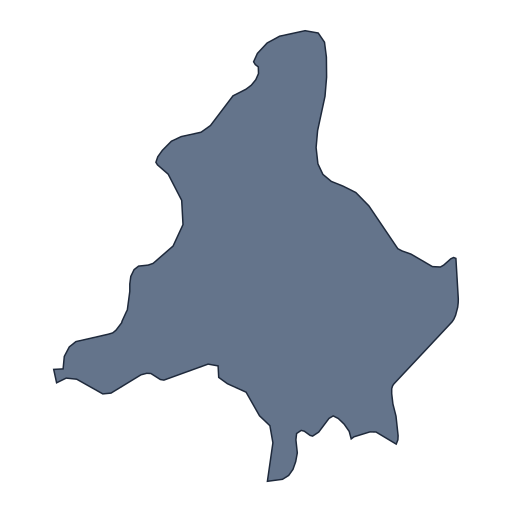 an SVG outline of Verbano-Cusio-Ossola
{"feature_id": "ITA-5437", "entity_name": "Verbano-Cusio-Ossola", "entity_type": "Province", "adm_level": 1, "iso_a3": "ITA", "parent_name": "Italy", "parent_adm1": "", "projection": "mercator", "projection_center": [8.313, 46.111], "detail": "fine", "context": "isolated", "style": "filled", "palette": "slate", "viewbox_px": 512, "rotation_deg": 0, "n_neighbors": 0, "source": "natural_earth", "source_scale": "10m", "svg_char_len": 1581}
<svg xmlns="http://www.w3.org/2000/svg" viewBox="0 0 512 512"><path d="M53.7,369.4L63.1,368.9L64.3,356.4L69.3,346.9L75.9,341.6L108.3,334.2L112.7,332.9L116.0,330.2L121.7,322.7L122.0,321.3L126.5,311.5L127.3,310.1L129.8,291.4L129.8,284.0L130.8,276.4L134.1,269.6L138.6,266.1L148.1,265.1L153.1,263.4L173.1,246.0L183.0,224.6L181.7,200.4L168.2,174.2L157.5,164.9L155.9,162.3L157.8,156.7L162.4,150.3L171.4,141.2L181.2,136.6L201.1,132.2L210.5,125.5L233.0,95.8L246.0,89.2L251.3,85.2L255.8,79.7L258.5,73.6L258.3,66.9L255.3,64.6L253.6,61.8L257.4,53.4L267.1,43.0L279.6,36.2L299.0,32.0L305.1,30.7L318.2,33.0L324.5,42.2L326.4,57.1L326.6,77.2L325.0,96.3L317.6,130.6L316.1,147.6L317.9,163.8L322.9,174.4L331.3,181.4L343.2,186.2L355.9,192.6L368.9,205.9L397.8,248.7L402.2,251.0L411.0,254.1L432.4,266.6L440.4,267.0L443.7,265.1L450.8,258.8L453.6,257.5L455.9,258.4L458.3,299.0L458.2,302.7L457.7,307.2L455.6,315.2L453.9,319.1L452.1,321.8L393.8,384.0L392.6,385.8L391.7,388.7L391.7,393.7L392.9,403.9L396.0,416.2L398.1,435.7L397.9,439.8L397.0,442.1L396.2,444.1L376.0,432.0L369.9,431.9L354.0,436.8L351.2,438.9L349.2,431.4L344.2,424.2L338.3,418.5L333.2,415.9L329.0,418.4L318.7,432.1L312.6,436.1L310.1,435.4L304.3,431.2L301.2,430.4L296.6,433.5L295.9,439.8L297.3,452.9L295.7,461.6L293.0,469.3L288.7,475.4L282.5,479.3L267.4,481.3L272.9,442.8L269.9,425.7L259.5,415.8L246.1,392.2L227.4,383.7L218.7,377.4L218.1,365.9L208.1,364.1L163.9,380.1L160.3,379.5L150.9,373.5L146.7,373.3L141.0,374.8L111.0,393.1L102.8,393.9L76.7,379.2L66.2,378.1L56.6,382.8L53.7,369.4Z" fill="#64748b" stroke="#1e293b" stroke-width="1.5"/></svg>